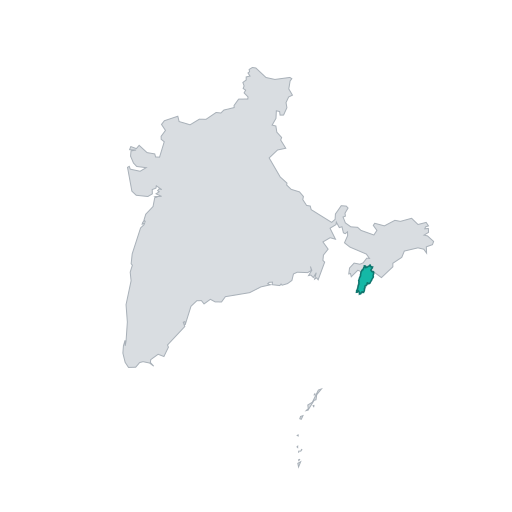 Mizoram on a map of India (orthographic projection), rotated 23°
{"feature_id": "IND-3300", "entity_name": "Mizoram", "entity_type": "State", "adm_level": 1, "iso_a3": "IND", "parent_name": "India", "parent_adm1": "", "projection": "orthographic", "projection_center": [92.8, 23.22], "detail": "fine", "context": "in_parent", "style": "filled", "palette": "teal", "viewbox_px": 512, "rotation_deg": 23, "n_neighbors": 0, "source": "natural_earth", "source_scale": "10m", "svg_char_len": 6583}
<svg xmlns="http://www.w3.org/2000/svg" viewBox="0 0 512 512"><g transform="rotate(23 256 256)"><path d="M98.0,204.2L103.9,203.9L105.2,199.8L115.3,203.4L122.9,201.6L124.9,204.1L128.6,202.7L126.9,186.7L123.1,185.6L121.9,182.9L123.6,175.8L117.6,171.8L118.8,167.3L129.4,157.9L132.7,162.3L144.0,161.0L150.4,152.2L156.6,149.7L163.2,139.5L167.8,138.1L169.4,134.2L177.9,127.9L177.0,126.0L178.7,118.4L187.1,114.7L186.5,112.7L181.3,110.5L181.7,107.4L178.7,106.8L178.6,104.1L176.1,101.4L178.2,97.8L177.0,95.0L180.2,92.7L177.1,90.7L178.1,88.9L176.8,87.0L179.0,83.9L182.4,83.0L195.4,87.8L204.4,86.1L217.4,78.4L219.7,78.8L219.0,81.5L220.9,89.4L226.7,93.7L223.9,96.9L223.7,103.1L226.5,107.4L226.3,115.5L223.1,116.9L221.3,113.8L218.0,114.4L220.6,121.5L219.7,129.2L223.5,128.6L226.8,133.9L233.3,136.9L233.4,139.6L241.3,145.2L234.4,150.0L229.8,160.6L247.4,173.8L256.0,176.8L256.5,178.7L262.3,180.9L271.0,180.0L276.4,182.7L277.0,185.8L282.8,189.7L286.4,188.8L288.7,191.8L312.5,195.5L314.5,191.4L312.7,186.3L314.8,176.4L319.6,174.8L322.0,175.9L321.2,181.8L322.7,184.4L320.9,186.1L325.3,190.6L331.9,192.1L338.3,189.9L342.6,191.4L356.3,190.6L357.3,185.2L352.0,182.0L352.5,179.5L362.4,178.1L369.9,168.9L375.4,167.7L384.5,160.5L392.8,163.7L399.5,158.6L403.0,160.9L400.6,163.0L400.8,165.0L403.9,163.3L405.6,166.8L402.5,171.1L406.0,170.5L413.8,173.2L414.0,176.6L409.2,181.0L411.9,186.7L407.8,184.2L401.9,185.2L390.6,193.5L390.7,200.3L384.8,209.2L386.2,212.5L379.9,226.9L371.0,224.7L371.5,236.1L369.2,237.3L369.1,247.1L366.3,250.1L364.2,248.3L362.5,250.2L358.9,229.3L355.3,229.3L351.8,237.9L349.8,235.2L348.4,236.3L346.8,230.5L349.1,224.2L354.8,223.0L357.3,220.5L358.8,214.7L361.4,213.9L356.8,211.1L339.0,211.1L332.3,209.3L332.4,201.4L330.8,198.0L329.4,200.6L327.4,200.5L323.7,195.5L321.6,197.3L316.7,193.4L317.4,195.8L313.3,201.5L322.6,209.5L317.1,210.2L312.1,216.9L319.7,221.5L317.7,228.8L319.3,233.9L321.6,234.8L322.5,253.6L320.3,252.4L319.0,254.4L318.0,247.8L317.2,253.4L313.9,252.1L312.0,253.5L313.0,247.4L310.2,244.4L312.6,247.6L310.1,251.1L300.3,254.8L297.5,257.9L298.6,264.5L295.8,269.1L291.4,272.7L290.0,272.0L289.5,273.9L282.1,276.1L281.4,273.6L278.4,275.1L277.6,277.0L280.6,276.8L272.6,282.5L264.5,292.2L243.7,305.4L242.2,311.8L236.3,314.2L230.9,313.7L226.9,320.4L223.2,318.4L219.0,320.3L215.8,327.7L217.7,347.1L216.1,344.2L214.9,345.4L218.0,348.7L209.3,372.5L211.0,374.1L210.5,384.5L204.3,384.7L199.6,392.5L200.4,395.3L204.9,397.4L199.9,396.1L193.3,397.4L190.5,399.6L188.7,405.4L182.2,408.4L177.1,405.0L171.4,397.4L169.1,390.6L168.4,384.8L170.7,389.8L169.6,385.0L163.4,367.1L155.4,351.6L150.7,327.6L146.5,320.0L145.8,312.8L144.1,311.9L141.2,302.4L138.8,275.3L140.7,270.9L140.6,269.2L138.8,271.2L138.6,269.9L139.0,267.2L140.9,267.8L138.8,266.4L138.2,260.6L141.9,250.7L140.0,241.8L141.4,240.8L140.0,240.7L145.8,238.0L139.7,237.8L141.8,234.7L139.9,234.3L140.5,232.2L143.3,231.7L136.8,230.3L137.4,232.6L134.5,235.4L136.3,239.3L133.2,243.5L122.0,246.9L116.4,244.8L103.1,224.6L104.3,223.0L106.3,225.2L116.2,223.3L120.4,217.6L111.2,220.2L106.9,218.3L101.5,213.1L99.9,208.1L104.2,205.4L98.1,207.5L98.0,204.2ZM364.2,376.9L361.9,372.9L365.0,368.6L365.8,355.0L368.2,352.8L366.1,360.0L367.4,364.9L365.9,366.1L364.2,376.9ZM377.5,427.9L377.6,433.6L375.5,430.5L377.5,427.9ZM361.5,388.6L359.9,388.7L359.7,386.3L361.6,384.6L361.5,388.6ZM372.1,418.7L371.9,420.4L371.6,418.9L372.1,418.7ZM373.9,416.4L373.3,418.7L373.5,416.3L373.9,416.4ZM375.9,425.9L375.3,427.6L374.8,427.0L375.9,425.9ZM365.2,405.1L364.1,405.2L364.6,404.2L365.2,405.1ZM363.8,377.8L362.6,378.7L363.2,377.2L363.8,377.8ZM367.7,370.9L368.2,372.6L367.0,371.3L367.7,370.9ZM369.2,416.0L368.3,415.7L368.7,414.8L369.2,416.0ZM364.3,360.0L363.7,361.7L364.0,359.8L364.3,360.0Z" fill="#d9dde1" stroke="#a8b0b8" stroke-width="1"/><path d="M370.7,225.0L370.7,225.3L370.7,225.5L370.8,225.7L370.9,225.9L371.1,226.3L371.2,226.5L371.3,226.5L371.3,226.8L371.3,227.2L371.5,228.6L371.9,228.9L371.9,229.0L372.1,229.2L372.2,229.4L372.2,229.8L371.8,232.1L371.8,232.5L371.9,233.2L371.9,233.3L371.9,233.5L371.7,233.9L371.6,234.1L371.6,234.3L371.6,234.8L371.5,235.6L371.5,235.8L371.6,236.1L371.1,237.0L370.9,237.3L370.7,237.5L370.4,237.6L370.1,237.6L369.9,237.4L369.7,237.2L369.3,237.0L369.1,237.1L368.9,237.3L368.9,237.6L369.0,238.0L369.3,238.7L369.3,238.9L369.3,239.1L369.2,239.4L368.8,239.9L368.7,240.2L368.2,240.5L368.1,241.5L368.3,241.9L368.5,242.4L368.6,242.6L368.6,242.9L368.5,243.4L368.5,243.7L368.6,244.1L368.7,244.3L369.1,244.7L369.2,245.2L369.3,246.6L369.3,246.9L369.2,247.0L368.8,247.1L368.8,247.3L369.0,247.6L368.7,247.7L368.4,247.5L368.2,247.4L367.9,247.4L367.6,247.5L367.6,248.4L367.6,248.5L367.4,248.6L367.2,248.8L367.0,249.2L367.0,249.3L367.0,249.5L367.1,249.8L367.1,250.0L366.9,250.1L366.7,249.8L366.5,249.7L366.3,249.7L366.2,250.0L366.1,250.3L366.0,250.5L365.9,250.3L365.8,250.0L365.7,249.6L365.5,249.4L364.8,248.7L364.1,248.1L363.8,248.0L363.7,248.1L363.6,248.3L363.7,248.6L363.7,248.8L363.5,249.0L363.5,249.4L363.5,249.5L363.4,249.7L363.3,249.8L363.1,249.8L362.9,250.0L362.7,250.1L362.4,249.2L362.1,248.4L362.3,248.2L362.6,248.2L362.6,247.9L361.9,243.9L361.9,243.7L361.8,243.3L361.7,243.1L361.7,242.4L361.7,241.4L361.6,241.2L361.2,240.8L361.1,240.6L361.0,240.2L360.9,239.3L360.7,239.1L360.3,238.9L360.1,238.6L360.1,238.2L360.1,237.3L359.8,235.6L359.8,235.1L359.8,234.9L360.0,234.5L360.1,234.3L360.1,234.2L360.0,233.8L360.0,233.7L360.0,233.4L359.8,233.2L359.8,232.8L359.7,232.6L359.5,232.4L359.4,232.2L359.4,231.6L359.0,230.2L358.9,229.8L359.1,229.3L359.0,229.1L359.1,228.9L359.1,228.2L359.1,227.9L359.1,227.7L359.2,227.4L359.3,227.4L359.4,227.2L359.5,227.2L359.5,227.3L359.7,227.2L359.7,226.9L359.7,226.7L359.7,226.2L359.8,225.7L359.8,225.4L359.8,225.2L359.7,225.2L359.7,224.8L359.8,224.3L359.8,224.2L359.8,223.2L359.7,222.9L359.6,222.7L360.3,222.5L360.8,222.5L361.0,222.6L360.9,222.7L360.9,222.8L360.8,223.0L360.9,223.4L361.0,223.6L361.1,223.8L361.3,223.9L361.5,223.9L361.8,223.7L362.0,223.4L362.4,223.1L362.7,222.8L362.9,222.7L363.0,222.6L363.1,222.3L363.1,222.2L363.2,221.9L363.8,221.3L364.0,221.0L364.1,220.9L364.1,220.7L364.5,219.7L364.8,219.7L364.9,219.8L365.4,220.9L365.5,221.0L365.8,221.0L366.5,220.7L366.7,220.8L367.1,220.8L367.5,220.6L367.5,221.0L367.8,221.3L367.8,221.5L367.6,221.8L367.5,222.1L367.5,222.3L367.5,222.5L367.4,222.8L367.4,223.0L367.3,223.5L367.3,223.8L367.2,224.0L367.3,224.3L368.1,224.6L368.3,224.7L368.4,224.8L368.5,224.9L368.8,224.7L369.0,224.7L369.2,224.8L369.3,225.0L369.6,224.9L369.8,224.8L369.8,224.7L370.0,224.6L370.1,224.8L370.2,225.0L370.6,225.0L370.7,225.0Z" fill="#14b8a6" stroke="#0f766e" stroke-width="1.5"/></g></svg>